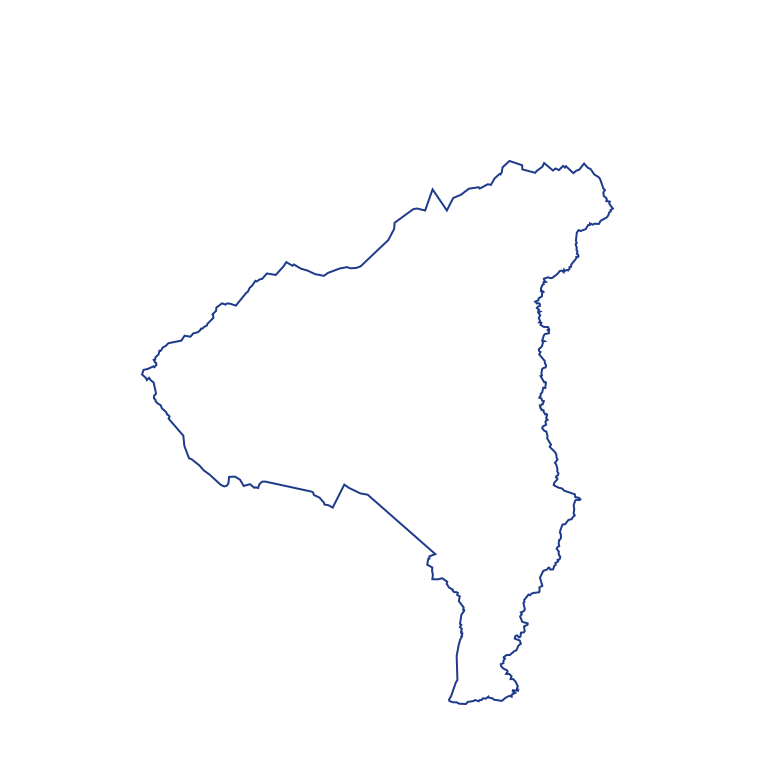 Pueai Noi, Khon Kaen, Thailand (Mercator projection), rotated 20°
{"feature_id": "78962969B8052228194876", "entity_name": "Pueai Noi", "entity_type": "district", "adm_level": 2, "iso_a3": "THA", "parent_name": "Thailand", "parent_adm1": "Khon Kaen", "projection": "mercator", "projection_center": [102.886, 15.893], "detail": "fine", "context": "isolated", "style": "outline", "palette": "blue", "viewbox_px": 768, "rotation_deg": 20, "n_neighbors": 0, "source": "geoboundaries", "source_scale": "gbopen_adm2", "svg_char_len": 6165}
<svg xmlns="http://www.w3.org/2000/svg" viewBox="0 0 768 768"><g transform="rotate(20 384 384)"><path d="M162.0,433.4L160.1,437.1L160.6,439.3L159.4,440.1L161.3,441.9L162.6,442.1L163.6,443.8L162.4,446.8L161.3,446.3L156.8,450.7L153.2,453.0L153.4,457.8L158.5,459.9L159.8,461.4L161.1,458.6L163.6,460.3L167.0,461.4L173.1,471.0L172.0,473.6L172.6,475.9L174.9,477.3L175.3,478.4L178.2,479.8L181.1,480.2L183.8,482.9L188.9,484.9L190.8,486.9L192.7,487.2L193.7,488.1L193.4,490.2L213.1,501.2L217.6,510.5L226.1,520.4L229.3,520.6L238.2,523.6L244.4,526.9L251.4,528.9L265.1,534.6L268.9,534.9L270.9,533.5L271.8,530.7L270.2,524.3L273.4,522.9L276.0,522.0L281.5,523.2L287.0,527.8L292.3,524.0L297.7,525.9L298.9,524.9L301.3,524.8L301.1,521.5L302.0,518.9L303.3,517.2L305.8,516.3L352.7,509.9L354.3,510.1L356.2,512.3L362.2,512.8L367.9,515.9L369.4,517.7L373.0,516.9L378.1,517.7L381.1,492.1L386.6,493.6L399.2,494.9L406.5,493.6L490.4,526.3L485.6,530.4L486.4,532.5L485.4,533.0L486.4,539.0L492.1,539.9L493.2,543.4L495.2,546.5L496.2,550.9L501.5,549.1L505.2,546.6L511.1,548.2L511.2,550.3L514.7,553.0L519.0,553.7L519.1,554.7L521.1,555.6L523.3,554.8L524.9,555.1L524.9,557.2L527.8,557.6L528.6,562.4L535.2,566.7L535.5,568.5L536.4,568.8L536.2,569.7L536.9,569.9L535.6,574.3L537.5,583.4L539.0,583.9L538.5,586.4L540.9,587.5L541.1,590.4L541.7,590.4L541.7,591.5L543.0,591.6L543.0,594.5L543.6,594.5L543.0,598.2L543.5,604.1L545.3,614.7L554.2,637.0L553.6,640.0L553.8,654.2L553.1,658.5L554.1,659.6L558.0,659.4L561.0,658.3L564.1,658.7L570.4,656.7L571.6,654.0L576.4,651.4L577.8,649.8L581.5,649.7L581.8,648.5L583.9,647.5L584.5,645.5L587.4,644.8L589.0,642.1L589.6,642.8L593.4,642.3L595.4,643.0L603.1,641.5L605.6,637.2L607.8,634.8L609.1,634.0L610.9,634.2L610.3,632.1L613.0,629.4L610.1,628.9L609.9,627.7L614.8,626.4L614.7,625.3L613.6,625.6L613.0,624.7L613.2,622.5L610.0,619.1L606.4,617.1L603.9,618.0L603.8,615.0L600.9,613.7L597.9,614.6L598.5,612.1L597.7,611.0L593.5,610.6L590.6,609.1L589.6,607.3L591.7,605.5L590.9,603.3L591.6,600.7L590.0,600.2L590.0,599.4L592.0,596.7L594.9,595.6L597.9,590.3L599.5,588.9L599.8,584.0L601.4,581.2L599.3,578.6L593.9,578.5L593.6,576.2L594.2,575.2L595.3,574.8L597.5,575.9L598.6,574.8L597.8,570.8L600.3,569.6L600.8,568.2L598.5,564.0L601.2,561.1L600.9,559.8L595.3,560.2L591.4,555.9L592.2,553.1L590.7,551.8L593.1,549.6L593.4,547.5L589.9,542.1L590.5,540.9L589.6,539.1L591.8,532.5L593.4,532.6L594.2,530.7L596.1,529.1L600.9,526.7L601.1,525.7L599.6,521.9L601.8,519.5L596.8,512.6L597.6,505.1L600.7,502.5L601.4,500.3L602.1,500.1L603.7,501.5L606.3,500.4L606.2,496.7L607.2,495.2L606.3,493.6L608.2,491.3L607.3,489.8L608.7,489.1L609.1,487.6L608.5,485.7L607.4,485.4L605.8,483.0L605.7,481.8L602.6,479.8L602.9,477.9L604.1,476.3L602.7,474.2L601.9,470.7L602.8,469.8L602.8,467.7L601.3,464.2L600.1,463.6L599.7,460.3L599.8,455.0L602.2,453.8L603.8,448.7L606.5,446.9L607.1,444.1L608.1,442.7L608.1,442.0L606.6,441.1L605.5,436.3L603.8,433.4L603.5,428.8L604.0,427.1L607.5,426.2L608.0,425.2L606.1,424.3L602.3,424.8L601.0,422.4L589.6,422.6L587.3,421.3L583.5,421.7L578.1,421.0L577.7,418.8L579.5,414.3L579.1,413.3L577.5,412.9L577.5,411.6L578.7,410.1L578.5,408.3L576.8,407.1L575.9,404.3L573.3,400.7L571.6,399.6L572.9,395.6L571.5,394.4L569.9,391.1L567.8,389.4L561.2,386.4L561.7,383.9L555.9,379.3L555.4,376.8L552.8,373.2L550.7,373.2L547.8,371.4L547.7,369.7L550.3,366.8L548.6,364.3L548.8,363.0L550.0,361.8L548.0,360.6L547.9,357.2L547.0,356.6L545.9,357.4L543.5,355.5L542.9,354.1L540.7,354.5L540.3,353.3L539.1,353.0L537.8,350.9L538.8,350.6L539.1,349.2L540.1,348.7L540.1,345.4L538.4,345.6L536.8,343.7L534.6,343.7L535.2,341.3L534.6,339.8L535.5,337.7L534.9,333.0L536.9,332.6L535.7,327.3L535.1,326.9L534.0,327.6L528.4,323.0L529.5,322.0L528.4,320.4L527.4,316.1L528.4,314.3L530.2,313.2L529.9,310.9L528.1,309.5L527.1,307.3L519.7,303.1L520.2,300.5L518.4,299.9L517.6,298.4L519.5,294.7L519.3,291.3L518.5,289.9L520.1,288.9L517.8,288.7L517.6,283.5L518.2,282.0L521.6,279.9L521.1,278.4L519.3,277.2L519.7,276.7L520.6,277.3L520.8,276.7L518.8,274.4L514.5,275.7L510.8,274.8L510.9,272.7L508.8,273.0L509.4,271.7L506.9,269.1L507.2,265.8L504.6,264.2L506.0,262.5L504.0,262.6L504.1,261.1L501.6,260.3L502.1,258.8L503.8,257.3L503.2,255.7L501.9,255.1L500.2,256.0L497.9,254.9L500.4,252.5L500.1,250.5L502.4,247.6L501.4,244.3L502.4,243.0L500.8,242.4L499.7,243.0L498.8,240.2L499.0,236.6L500.0,235.7L499.1,234.0L501.1,232.7L499.6,232.3L498.2,230.4L501.5,227.7L504.6,227.5L505.9,226.6L509.3,221.3L510.6,217.6L512.3,216.6L514.6,217.5L514.1,215.0L515.4,215.7L517.1,214.2L518.2,214.3L518.9,212.0L518.3,210.8L519.7,209.8L519.1,207.7L521.7,200.2L521.2,198.8L523.1,198.0L522.4,196.2L520.8,195.7L520.3,193.0L518.9,192.1L518.6,190.1L516.2,187.1L516.9,185.7L515.3,183.6L513.4,175.8L514.3,172.8L516.4,173.0L520.6,169.5L521.4,164.9L523.0,164.3L522.6,162.6L525.7,162.9L526.9,161.4L531.1,160.2L531.8,156.4L536.4,151.2L537.1,148.6L536.9,145.9L538.0,144.3L537.4,143.0L539.1,140.9L534.6,138.0L533.8,136.9L533.8,135.4L530.3,136.0L530.3,134.5L529.4,133.3L526.2,132.1L524.6,129.1L525.3,126.2L523.4,125.4L516.9,117.4L514.9,116.2L510.0,115.2L504.7,111.4L501.4,111.0L496.6,108.4L494.1,116.0L491.8,117.7L489.8,121.1L480.5,117.1L480.0,118.7L477.7,117.8L475.2,123.2L471.5,122.8L469.8,125.6L458.9,121.6L458.5,125.7L454.5,131.8L453.9,133.8L440.6,135.0L439.0,131.2L425.6,131.5L421.3,139.9L422.2,144.6L421.8,147.2L420.7,147.2L417.6,153.0L416.4,160.3L413.2,160.8L407.1,167.6L405.6,166.7L396.9,171.5L391.7,179.7L385.4,185.6L383.7,199.4L363.1,184.5L363.3,206.9L355.0,207.8L351.7,209.7L338.8,228.9L340.5,234.8L338.8,247.3L321.8,281.4L318.3,284.4L312.8,286.8L309.3,286.8L303.0,290.5L293.3,298.8L290.6,302.9L281.6,304.3L273.6,303.6L266.3,304.0L258.4,302.5L257.6,304.2L250.5,302.9L249.4,307.7L245.0,318.5L236.2,320.2L233.5,326.9L231.5,328.1L229.4,331.1L227.9,331.0L226.4,336.8L224.9,339.6L224.5,343.9L223.3,345.6L218.0,361.0L211.7,361.2L208.8,362.1L207.9,363.6L204.2,363.6L200.3,369.6L201.2,372.7L199.0,377.2L199.9,377.7L201.0,380.3L197.5,387.8L197.5,389.8L195.6,391.6L194.5,394.0L193.0,394.6L193.1,395.8L191.4,399.0L187.4,401.8L186.0,405.7L180.1,406.9L178.7,412.6L167.4,419.4L166.0,422.7L163.7,425.3L162.8,429.3L161.6,429.5L162.0,433.4Z" fill="none" stroke="#1e3a8a" stroke-width="2"/></g></svg>